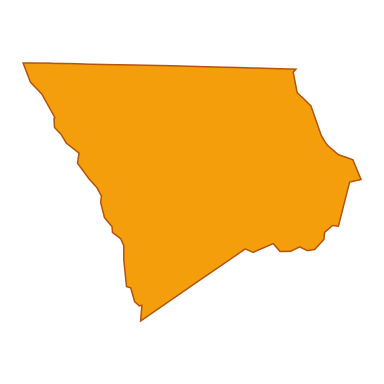 the district of Chesterfield, South Carolina, United States of America
{"feature_id": "52423323B78786867018867", "entity_name": "Chesterfield", "entity_type": "district", "adm_level": 2, "iso_a3": "USA", "parent_name": "United States of America", "parent_adm1": "South Carolina", "projection": "equal_earth", "projection_center": [-80.194, 34.592], "detail": "fine", "context": "isolated", "style": "filled", "palette": "amber", "viewbox_px": 384, "rotation_deg": 0, "n_neighbors": 0, "source": "geoboundaries", "source_scale": "gbopen_adm2", "svg_char_len": 1035}
<svg xmlns="http://www.w3.org/2000/svg" viewBox="0 0 384 384"><path d="M338.4,226.2L349.6,182.1L361.0,179.5L352.9,159.8L338.1,154.5L327.5,145.3L325.6,142.8L321.2,135.4L311.0,106.1L303.8,98.9L297.2,92.8L293.2,72.2L295.9,69.2L264.7,68.3L259.2,68.1L253.1,68.0L246.5,67.8L233.5,67.4L231.7,67.4L222.7,67.2L222.3,67.2L208.4,66.8L196.4,66.5L166.0,65.6L164.2,65.6L142.8,65.2L133.7,65.0L126.8,64.9L114.2,64.7L92.7,64.3L85.3,64.1L84.7,64.0L84.2,64.1L81.5,63.9L77.7,63.8L71.7,63.6L70.4,63.6L56.0,63.4L53.1,63.4L49.7,63.1L23.1,63.0L30.4,82.1L41.9,94.2L54.8,117.4L54.0,118.5L54.5,127.5L61.1,134.4L66.4,143.2L79.0,153.1L77.5,163.2L89.0,178.8L96.9,187.6L101.5,196.2L100.6,202.2L104.5,217.7L112.0,226.6L112.5,232.5L120.7,238.7L123.8,245.7L123.8,259.8L126.5,286.6L130.7,287.8L134.7,301.8L139.3,305.8L141.9,305.3L140.6,321.0L198.5,281.0L232.1,258.0L245.2,248.9L253.1,252.3L273.3,243.6L280.0,251.5L290.7,251.3L299.7,246.9L307.3,250.6L314.7,249.5L323.9,239.4L324.6,232.4L332.5,225.5L338.4,226.2Z" fill="#f59e0b" stroke="#b45309" stroke-width="1.5"/></svg>